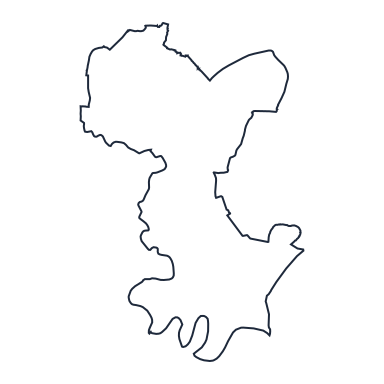 outline of Crisan, Tulcea, Romania
{"feature_id": "2599482B40183957556605", "entity_name": "Crisan", "entity_type": "district", "adm_level": 2, "iso_a3": "ROU", "parent_name": "Romania", "parent_adm1": "Tulcea", "projection": "orthographic", "projection_center": [29.376, 45.1], "detail": "fine", "context": "isolated", "style": "outline", "palette": "slate", "viewbox_px": 384, "rotation_deg": 0, "n_neighbors": 0, "source": "geoboundaries", "source_scale": "gbopen_adm2", "svg_char_len": 5919}
<svg xmlns="http://www.w3.org/2000/svg" viewBox="0 0 384 384"><path d="M110.7,146.0L111.9,144.0L113.6,142.5L115.6,141.8L116.8,141.8L121.3,142.4L123.9,143.1L125.9,144.8L128.2,147.5L130.8,149.0L134.0,150.2L138.9,153.2L139.4,153.3L144.4,151.0L148.2,150.0L151.0,149.7L150.5,151.1L152.3,153.0L155.0,156.7L155.7,157.1L156.5,157.2L159.9,156.1L160.9,156.0L161.4,156.3L162.7,158.0L165.4,162.8L166.1,165.0L166.1,166.6L164.9,168.8L164.2,169.4L162.4,170.4L157.3,172.4L155.7,172.8L153.0,173.0L152.3,173.4L149.7,177.8L149.2,179.5L148.9,182.1L149.1,187.6L148.8,189.2L145.5,195.2L143.6,199.7L142.8,200.8L141.5,201.6L139.8,202.0L138.7,203.0L138.2,204.4L138.4,205.4L141.5,211.4L141.5,212.1L139.4,216.5L139.2,217.3L139.5,218.3L143.6,221.4L146.0,223.4L147.4,225.3L148.3,227.1L148.8,229.2L148.6,230.0L148.2,230.4L145.2,230.6L144.0,230.9L143.1,231.5L142.3,232.5L140.9,235.4L140.6,236.6L140.9,238.8L141.7,241.2L147.9,248.9L149.0,249.9L150.3,249.9L151.7,248.2L153.5,247.2L156.3,247.6L157.1,248.0L157.7,248.7L157.8,250.0L157.7,251.7L158.0,252.8L158.4,253.7L159.7,254.4L161.6,254.9L167.0,255.7L168.5,256.4L169.7,257.4L170.6,258.7L171.8,260.9L172.8,264.0L173.3,266.8L173.6,270.7L173.8,273.5L173.7,275.6L172.9,277.3L172.1,278.2L171.5,278.6L169.2,279.5L163.8,280.0L160.6,279.9L155.7,278.6L152.1,278.3L149.9,279.1L144.9,279.1L143.0,280.4L142.7,281.2L142.0,281.9L135.1,286.2L132.2,288.8L130.7,290.8L128.7,296.3L128.7,297.7L129.2,300.1L129.6,301.3L131.0,303.3L132.0,304.2L133.4,304.7L136.2,305.1L140.5,306.1L142.8,307.1L147.3,310.7L150.1,315.0L151.5,317.7L152.1,319.7L152.2,322.4L149.7,328.0L148.9,330.2L148.8,332.9L149.4,333.6L150.8,331.9L151.2,332.7L152.1,333.2L156.2,333.9L158.7,333.7L160.4,333.2L162.1,332.0L166.1,328.3L172.6,318.9L175.5,317.3L177.4,317.4L178.8,318.2L180.5,320.1L182.3,324.5L179.7,330.2L179.0,332.8L178.9,335.9L179.4,339.0L182.0,346.6L183.1,347.0L185.6,346.3L187.8,344.4L189.8,341.7L192.2,335.6L195.6,322.9L198.4,318.2L200.8,316.0L203.1,315.9L204.4,316.1L206.0,317.0L207.6,318.7L208.0,320.8L208.2,323.7L208.1,331.3L206.5,339.5L205.1,342.6L201.8,347.4L193.8,353.7L194.5,355.7L196.3,357.1L200.1,359.1L204.0,360.3L209.8,361.0L212.9,360.6L214.1,360.1L216.7,358.6L219.2,356.2L222.9,351.2L225.1,347.4L228.1,341.1L233.0,332.5L235.9,329.7L241.0,327.7L243.2,327.6L253.7,328.4L263.3,330.6L267.2,333.1L269.5,335.4L270.0,333.8L270.2,331.4L270.1,329.3L268.9,327.5L268.6,325.4L269.0,314.3L266.3,303.3L265.7,301.4L266.9,295.7L268.7,294.2L270.9,290.9L271.3,289.9L276.4,281.9L286.2,268.5L297.0,256.1L303.4,250.7L303.2,249.5L297.5,248.5L291.0,244.4L294.4,241.4L295.0,240.6L295.9,240.4L297.1,238.8L298.1,238.1L298.9,236.7L299.1,236.8L299.5,236.2L299.5,235.5L300.1,234.9L300.6,232.7L300.3,232.4L300.5,232.2L300.4,230.5L299.1,228.1L298.1,227.1L296.1,226.0L294.3,225.4L292.4,225.5L291.3,225.7L290.9,226.0L289.7,226.0L288.4,225.9L287.0,225.0L286.4,225.1L282.9,224.4L280.5,224.5L280.2,224.3L279.7,224.6L279.1,224.4L277.6,224.8L276.0,224.8L275.1,225.2L273.1,227.1L272.5,228.4L271.5,229.5L270.3,231.7L270.1,232.8L269.2,234.6L268.7,237.2L268.4,241.8L267.9,242.0L250.6,238.6L250.0,238.3L247.6,235.5L247.0,235.1L243.0,235.9L242.5,235.8L227.3,215.4L230.1,213.6L230.1,213.4L229.7,212.8L229.0,212.5L228.2,210.3L226.6,209.6L222.3,196.9L221.1,196.2L220.6,196.3L216.1,197.8L215.5,196.2L215.2,192.2L216.1,180.7L216.0,178.1L214.9,175.1L213.7,172.6L213.9,172.4L218.4,173.1L220.2,172.8L223.8,172.7L227.4,171.9L228.1,170.4L228.1,170.0L227.7,169.2L227.6,167.3L230.0,158.2L230.7,157.5L233.0,156.7L234.8,155.7L235.4,154.9L236.4,150.5L237.1,149.2L241.1,144.1L242.7,138.4L243.7,135.8L244.9,130.8L245.0,129.5L246.0,125.9L248.8,120.1L249.6,119.2L251.3,117.8L252.6,115.3L252.8,114.6L252.3,113.5L252.7,113.0L252.1,112.3L253.5,111.2L254.8,111.0L269.5,111.3L276.0,111.9L276.6,111.3L276.9,109.9L276.8,109.5L277.1,109.3L276.7,109.0L276.8,108.1L277.8,105.9L278.1,105.6L278.0,104.9L281.5,98.2L284.4,91.8L286.4,83.6L287.8,79.0L288.0,76.5L287.8,74.0L287.3,72.2L285.4,67.8L284.3,65.9L283.5,65.0L278.1,59.8L275.3,56.7L274.2,55.2L273.0,51.9L272.3,51.2L270.9,50.5L268.8,50.5L254.3,53.7L248.9,55.2L243.1,57.9L228.8,65.4L222.9,68.9L217.6,72.9L214.0,76.1L211.9,78.1L209.9,80.6L207.9,78.6L207.9,78.4L201.6,71.5L200.6,70.6L200.3,70.5L200.2,70.1L199.7,69.8L199.2,69.7L198.8,69.0L199.0,68.6L198.0,68.6L198.1,68.0L198.0,67.6L197.7,68.0L197.7,67.4L196.3,65.5L195.8,65.4L194.4,63.4L193.8,63.1L192.8,61.7L191.6,60.7L191.4,60.1L187.6,55.9L187.7,55.5L186.8,55.5L187.2,55.9L186.0,55.5L185.6,55.9L185.7,56.2L185.3,56.3L185.2,56.6L182.2,55.7L181.7,55.8L181.3,55.5L180.5,55.4L180.5,55.0L180.9,54.3L180.9,53.6L180.2,52.7L179.6,52.9L178.3,52.8L177.3,53.2L177.3,52.8L176.7,52.9L177.0,52.7L176.7,52.5L176.7,52.1L175.7,51.7L175.7,51.2L175.3,50.9L175.4,50.4L174.9,50.2L174.6,50.4L174.8,50.5L174.7,50.6L174.4,50.5L174.2,50.0L171.2,49.3L170.0,49.5L168.1,48.7L167.1,48.3L167.2,47.7L163.5,44.9L163.4,44.6L163.9,43.8L164.1,42.5L165.9,40.3L166.1,37.0L167.3,34.0L167.1,32.5L168.1,30.7L167.5,30.0L167.5,29.2L167.8,28.6L167.4,28.1L168.1,24.4L163.1,23.0L162.6,23.3L161.5,25.3L160.7,25.8L159.9,25.8L159.3,27.0L157.8,26.9L157.3,25.7L157.1,26.0L150.6,25.5L145.5,25.7L145.3,25.8L145.7,26.8L145.8,27.7L145.0,28.9L143.4,30.6L141.6,31.1L140.1,31.2L137.5,30.8L136.5,31.1L134.9,31.2L130.1,30.0L129.5,30.2L128.3,31.1L128.3,30.6L128.0,30.8L127.8,30.6L122.4,37.4L109.8,49.7L107.0,47.6L104.3,47.0L103.8,46.3L102.3,47.5L98.9,47.9L95.2,49.0L93.2,50.2L92.0,51.6L90.6,54.0L89.4,56.8L88.9,60.3L87.7,66.0L87.6,67.1L87.1,69.7L86.7,70.3L86.9,70.6L86.3,75.3L88.1,75.5L88.1,88.2L88.7,92.0L90.1,97.9L89.8,100.5L88.8,104.4L88.7,106.9L86.0,106.7L85.6,106.5L82.2,106.3L81.9,106.5L80.6,106.3L80.8,110.5L80.6,113.8L80.8,116.2L80.6,120.5L84.0,122.9L84.1,123.9L83.8,126.0L84.0,128.0L84.6,130.7L85.1,131.7L87.2,132.0L91.3,131.2L92.3,132.3L93.0,134.1L94.0,136.0L94.7,136.5L95.5,136.7L96.6,136.7L98.4,135.6L100.1,134.9L101.2,135.1L102.2,135.8L102.9,136.5L105.2,141.5L106.0,142.7L109.0,145.6L110.7,146.0Z" fill="none" stroke="#1e293b" stroke-width="2"/></svg>